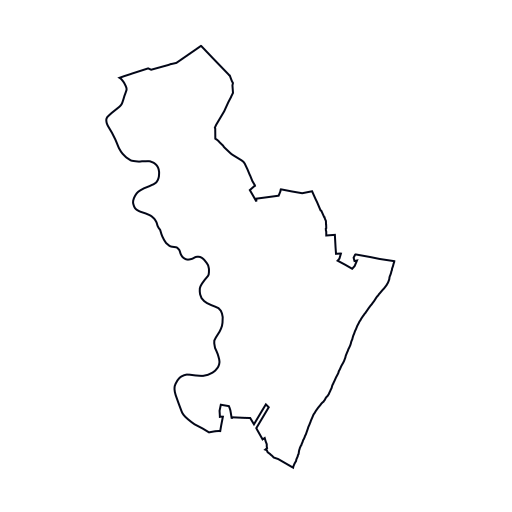 Vārves pag., Ventspils, Latvia, rotated 175°
{"feature_id": "27541924B8081849043776", "entity_name": "Vārves pag.", "entity_type": "district", "adm_level": 2, "iso_a3": "LVA", "parent_name": "Latvia", "parent_adm1": "Ventspils", "projection": "albers", "projection_center": [21.519, 57.283], "detail": "fine", "context": "isolated", "style": "outline", "palette": "ink", "viewbox_px": 512, "rotation_deg": 175, "n_neighbors": 0, "source": "geoboundaries", "source_scale": "gbopen_adm2", "svg_char_len": 6084}
<svg xmlns="http://www.w3.org/2000/svg" viewBox="0 0 512 512"><g transform="rotate(175 256 256)"><path d="M376.4,445.4L375.5,444.7L374.6,443.7L373.0,441.3L372.2,439.8L371.0,436.8L370.6,435.4L370.4,434.6L370.4,433.6L370.5,432.7L372.0,429.3L373.1,427.0L374.4,423.7L375.7,420.7L376.2,419.7L376.7,418.9L377.2,418.3L378.2,417.3L379.2,416.5L387.3,411.1L390.2,408.9L392.0,407.4L392.6,406.5L393.1,405.5L393.3,404.4L393.3,403.2L393.2,401.9L393.0,400.9L392.6,399.6L392.1,398.3L388.7,391.2L387.7,388.7L386.0,384.4L384.9,381.0L383.7,377.1L383.1,375.3L382.1,373.2L381.4,371.7L380.0,369.5L379.1,368.4L377.1,366.0L376.4,365.3L372.5,362.2L371.3,361.7L368.3,361.0L364.3,360.2L362.9,360.2L361.5,360.3L354.8,359.8L353.4,359.6L350.2,358.0L349.2,357.3L347.8,355.9L347.1,355.0L346.5,354.0L346.0,352.9L345.7,352.0L345.4,350.6L345.2,348.1L345.4,346.2L345.8,343.7L346.1,342.8L346.4,341.9L347.3,340.1L348.6,338.4L349.4,337.7L351.2,336.7L352.3,336.2L353.4,335.9L356.0,334.9L361.7,333.2L365.3,331.6L367.5,330.4L368.4,329.7L369.5,328.7L371.1,326.7L372.5,324.4L373.5,321.9L373.8,320.2L373.8,319.3L373.6,318.0L373.2,316.3L372.8,315.2L372.4,314.3L371.5,313.1L370.5,312.2L368.6,310.9L367.1,310.1L362.2,308.0L359.0,306.3L357.5,305.4L356.3,304.4L354.1,302.0L353.4,300.8L352.8,299.6L352.3,298.5L352.0,297.5L351.5,294.9L351.2,294.0L350.3,292.0L349.7,291.2L349.2,290.3L348.3,286.0L347.6,283.6L346.3,280.3L345.5,278.7L344.4,276.7L344.1,276.4L341.4,273.7L340.4,273.1L339.4,272.7L335.0,271.7L334.2,271.4L333.6,270.9L332.0,268.9L331.8,268.3L331.5,267.5L331.0,265.0L330.4,263.4L330.0,262.6L329.5,261.7L329.0,261.1L328.1,260.2L326.4,259.0L324.7,258.4L323.9,258.3L322.3,258.4L320.2,258.7L319.2,259.0L316.7,260.1L315.9,260.3L314.4,260.4L313.5,260.3L311.8,259.9L310.4,259.1L310.0,258.8L308.8,257.7L307.8,256.5L305.7,253.3L304.6,251.1L304.4,250.3L304.1,248.1L304.0,247.0L304.3,243.9L304.8,241.6L305.6,240.3L309.1,236.8L311.8,233.7L312.5,232.8L313.6,231.2L314.2,230.1L314.8,228.5L315.1,225.9L315.1,224.6L315.0,222.6L313.9,218.7L311.6,215.6L309.0,213.4L304.9,211.0L301.1,209.1L297.9,207.3L295.8,204.5L294.9,201.6L294.5,198.0L295.2,192.4L296.0,189.3L297.2,186.7L298.9,183.8L303.1,178.3L304.9,175.4L305.2,172.7L305.0,169.9L304.8,167.9L303.8,165.1L302.7,161.6L302.2,159.2L301.7,156.3L301.6,154.2L301.7,153.1L302.2,151.2L303.0,149.5L303.6,148.5L304.3,147.7L306.6,145.4L307.8,144.6L309.5,143.6L312.7,142.4L314.4,141.8L319.1,141.2L321.3,141.4L326.8,142.3L332.7,143.6L335.5,143.9L338.0,143.5L340.8,142.5L342.2,141.7L343.4,140.7L345.1,138.9L347.2,135.8L348.3,133.5L348.6,132.1L348.8,130.4L348.7,127.7L348.4,125.8L348.1,124.2L346.1,116.5L343.8,108.2L343.2,106.3L342.1,104.2L340.5,102.0L338.0,99.3L334.8,96.2L331.9,93.7L324.2,88.8L318.2,84.4L312.9,84.9L312.1,84.9L312.0,85.0L308.3,84.9L306.9,84.7L305.6,89.7L303.0,98.8L304.9,99.0L306.0,98.9L305.9,101.0L305.8,105.0L304.0,110.9L296.1,108.8L295.5,106.8L295.0,104.5L294.8,102.3L294.4,96.9L293.7,96.8L293.0,97.3L281.9,95.8L275.9,95.1L272.7,88.5L264.1,100.5L259.1,107.3L256.5,104.2L270.7,84.5L270.1,83.0L265.5,72.9L265.1,73.3L264.6,73.1L263.2,73.9L262.5,70.4L261.7,67.6L261.9,65.0L261.7,63.6L263.6,62.3L262.2,61.6L261.5,59.5L259.0,57.3L258.8,56.9L257.4,55.6L255.9,53.7L251.6,51.8L237.5,41.9L237.0,43.4L235.6,46.0L234.3,47.8L234.0,48.2L233.8,48.9L233.5,49.9L231.9,52.8L231.7,53.6L231.5,54.1L230.9,54.9L230.5,56.4L230.3,57.4L230.0,58.4L229.9,58.8L229.3,60.1L229.1,60.8L228.0,62.8L227.2,63.8L227.1,64.2L226.7,65.1L225.9,66.5L225.4,67.7L225.0,68.6L224.3,69.5L223.9,70.3L223.3,71.3L223.0,72.2L221.8,74.1L220.7,76.6L219.3,79.7L218.9,80.8L218.7,81.2L217.3,83.7L217.0,84.4L216.1,86.1L215.7,87.1L214.0,90.2L212.6,92.9L212.0,93.7L211.1,94.7L210.6,95.5L209.7,96.7L207.3,99.5L204.9,101.9L203.8,103.2L202.4,104.4L201.4,105.0L201.1,105.5L199.9,106.8L199.1,108.2L198.5,108.9L197.9,109.6L197.1,110.1L195.5,112.1L194.9,113.3L193.7,115.3L193.2,116.3L192.3,117.7L191.9,118.7L191.5,119.9L191.1,120.7L190.7,121.5L190.2,122.0L189.9,122.8L188.8,124.6L186.8,128.2L185.8,129.7L184.4,131.9L183.9,132.9L183.9,133.2L183.2,134.6L182.5,135.5L181.3,137.7L180.7,138.8L179.7,140.3L178.5,142.0L177.4,143.8L175.8,147.2L175.4,148.5L175.0,149.4L173.4,152.5L172.9,153.3L172.1,155.1L171.2,156.5L169.9,158.8L169.1,160.7L168.7,162.0L168.0,163.5L167.4,164.5L167.0,165.7L166.4,167.3L165.9,168.5L165.2,169.7L163.9,172.6L162.8,174.4L161.2,177.6L159.5,180.2L158.7,181.6L158.2,182.2L157.3,183.3L156.7,184.3L154.6,186.9L154.1,187.4L152.8,189.0L151.7,190.0L151.4,190.5L150.2,191.9L148.5,194.0L147.8,194.8L146.1,196.7L145.0,197.7L144.2,198.7L142.2,200.9L140.0,203.8L138.9,205.1L137.7,206.1L136.9,207.2L136.0,208.0L132.8,211.2L131.3,212.5L130.1,213.8L128.3,215.8L128.2,216.1L127.2,217.4L126.4,218.8L125.5,220.7L125.2,221.5L124.9,223.0L124.5,224.1L123.7,225.6L122.9,227.5L122.5,228.8L121.9,230.0L121.7,230.8L121.5,231.7L120.5,233.8L119.5,236.6L119.1,237.4L118.8,238.2L118.7,238.8L133.2,242.3L141.9,244.9L156.6,248.9L157.1,248.7L158.9,245.8L158.5,243.4L158.3,242.4L155.8,242.7L158.6,237.4L161.3,234.9L167.9,239.5L175.1,244.2L173.8,245.4L173.1,246.2L171.2,251.0L171.6,251.1L176.1,251.2L176.0,257.7L175.6,270.2L184.2,270.3L183.9,274.2L184.1,275.1L184.1,277.1L183.6,277.6L183.4,281.1L183.5,281.2L183.3,284.8L184.1,287.1L184.4,288.7L184.7,288.8L187.0,295.4L187.7,295.8L190.5,304.4L191.7,307.5L194.5,315.6L204.5,314.5L214.7,317.2L224.8,320.1L225.5,320.2L225.8,319.4L226.0,318.5L226.2,318.0L228.2,314.1L243.6,313.4L250.7,313.1L250.9,310.3L253.9,316.9L256.4,322.2L251.9,325.5L250.9,326.0L251.0,326.6L253.1,331.0L254.9,336.9L255.1,337.2L257.0,343.2L259.2,349.1L260.3,350.9L262.0,352.5L270.1,358.5L271.6,359.7L273.0,361.2L277.8,366.6L278.7,367.8L279.1,368.7L282.5,372.6L283.1,373.5L284.5,375.0L286.3,376.4L285.6,385.4L285.5,386.4L285.8,387.4L284.3,390.1L275.1,402.9L271.2,409.8L270.0,411.9L266.9,416.7L266.8,417.1L266.5,417.5L264.7,420.5L264.6,428.0L263.9,430.3L264.8,432.4L265.6,435.2L266.4,438.1L267.0,438.4L267.2,438.8L267.4,439.1L281.9,457.0L292.3,470.0L292.5,470.1L318.5,455.3L323.7,454.6L323.9,454.7L326.3,454.0L344.2,450.7L347.1,452.3L356.8,450.1L363.4,448.6L365.3,448.1L371.9,446.6L376.4,445.4Z" fill="none" stroke="#020617" stroke-width="2"/></g></svg>